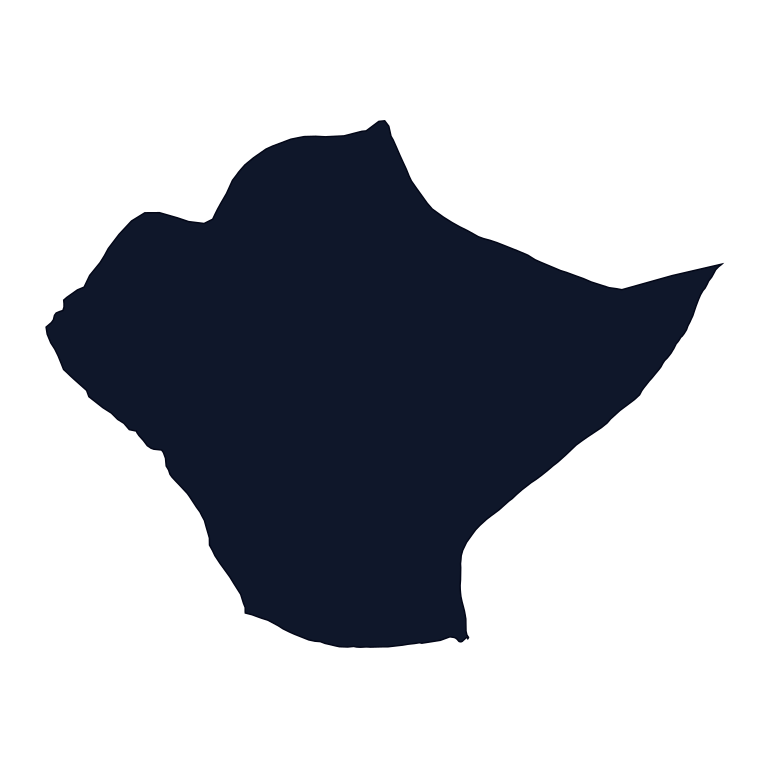 Champhone, Savannakhét, Laos
{"feature_id": "54806243B27710680023105", "entity_name": "Champhone", "entity_type": "district", "adm_level": 2, "iso_a3": "LAO", "parent_name": "Laos", "parent_adm1": "Savannakhét", "projection": "mercator", "projection_center": [105.234, 16.49], "detail": "fine", "context": "isolated", "style": "filled", "palette": "ink", "viewbox_px": 768, "rotation_deg": 0, "n_neighbors": 0, "source": "geoboundaries", "source_scale": "gbopen_adm2", "svg_char_len": 3622}
<svg xmlns="http://www.w3.org/2000/svg" viewBox="0 0 768 768"><path d="M299.9,137.4L290.9,139.2L272.8,146.0L266.0,149.1L253.5,157.8L245.0,164.8L241.2,169.1L238.5,172.3L236.5,175.1L232.5,180.3L226.5,193.5L220.8,203.3L217.5,209.3L215.3,213.7L212.7,219.2L204.1,223.5L188.6,221.6L177.6,217.9L165.8,214.5L159.9,212.8L159.6,212.7L144.8,212.8L131.5,221.0L119.1,234.3L108.3,248.5L104.4,255.7L100.1,262.6L89.7,275.4L84.1,287.1L77.4,289.9L66.8,297.4L63.7,300.1L64.0,303.5L64.0,307.1L62.9,310.5L59.5,311.6L56.2,313.0L54.5,315.3L53.4,319.8L51.4,322.6L46.1,327.1L47.2,334.2L50.8,342.9L54.8,349.1L58.1,355.8L60.9,362.7L63.6,369.5L66.9,372.5L70.3,375.8L74.0,379.2L86.6,390.4L88.9,396.7L95.9,402.2L102.9,407.7L111.4,413.1L117.7,419.4L123.9,423.3L129.3,429.6L136.4,431.1L137.0,432.7L139.0,435.6L143.4,440.5L147.3,445.7L149.9,447.4L151.0,448.2L153.8,449.2L161.6,450.0L163.4,452.5L165.5,458.2L166.2,466.0L168.6,470.0L170.0,474.3L172.0,477.1L176.0,481.4L178.7,484.2L187.1,493.2L188.3,494.8L189.7,496.8L196.5,507.2L200.0,512.0L202.0,516.0L204.4,520.4L206.1,526.6L208.4,534.5L209.4,538.0L209.5,545.1L212.5,550.5L215.0,555.8L220.1,563.5L229.8,576.9L234.1,583.9L240.7,594.3L243.5,603.3L245.2,607.5L245.2,611.4L245.3,613.0L252.0,614.7L255.0,615.8L255.5,616.0L261.9,618.3L267.7,620.1L278.2,625.7L283.0,628.8L289.5,632.0L294.2,634.1L304.0,638.0L308.8,639.9L315.0,641.2L320.3,641.6L325.0,643.4L329.9,644.5L335.7,645.9L339.4,646.7L345.2,646.9L347.7,647.0L353.7,646.4L356.5,647.0L360.4,647.2L366.4,646.9L370.6,647.1L382.5,646.8L387.8,646.8L402.7,645.1L408.1,644.2L414.5,643.5L419.5,642.7L421.8,643.2L429.6,642.0L440.4,640.3L449.9,636.8L453.2,637.3L453.9,637.4L455.4,637.9L456.2,638.5L457.3,639.4L458.1,640.4L459.0,641.4L460.2,641.8L461.1,641.8L462.3,641.3L463.2,640.4L464.2,639.5L465.3,638.5L465.8,638.0L466.2,637.7L466.9,637.6L467.4,638.0L467.8,638.7L468.5,637.7L468.4,637.1L467.7,636.4L467.4,635.6L467.0,635.5L466.0,631.1L465.9,625.6L465.8,618.9L465.3,616.0L465.3,615.8L465.1,614.7L464.4,610.9L463.3,606.6L462.0,601.7L460.9,596.6L460.5,592.9L460.2,589.1L460.1,585.4L460.5,579.8L460.7,567.7L460.5,563.6L460.9,559.9L461.2,555.7L462.7,550.3L466.5,542.4L472.3,534.3L475.7,529.7L479.9,525.3L486.4,519.4L490.5,516.2L494.3,513.4L499.1,509.8L508.7,501.2L512.2,498.6L516.5,494.5L522.0,489.7L531.0,482.7L535.7,479.6L541.5,475.3L548.2,469.9L552.6,466.1L558.0,461.9L565.7,455.0L576.2,445.0L581.2,441.3L586.7,437.4L601.4,427.6L607.2,422.9L610.5,419.0L615.6,414.4L619.9,410.5L634.4,399.6L639.6,394.8L641.8,390.6L643.9,387.7L647.0,383.8L649.2,381.0L651.5,378.5L653.0,376.7L655.1,374.1L657.2,371.6L659.4,368.9L660.9,366.9L662.7,363.5L664.6,360.6L667.3,357.9L669.6,355.0L671.2,352.9L672.4,350.8L673.8,348.6L676.1,343.9L677.8,341.9L679.3,339.8L680.1,338.4L680.8,337.3L682.2,336.1L684.1,333.6L686.5,329.7L687.9,325.8L689.9,322.0L691.1,319.3L692.8,315.7L694.6,310.2L696.1,305.8L698.4,299.7L700.5,294.8L703.0,290.5L705.0,288.2L707.1,284.3L708.7,280.9L711.6,277.2L713.5,273.8L715.7,269.7L718.7,266.6L721.7,264.3L721.9,264.1L672.2,275.6L621.9,289.7L616.4,288.7L609.1,287.7L591.3,282.0L583.4,278.6L575.6,275.8L570.2,273.8L566.4,272.4L560.6,270.6L553.5,267.6L540.6,262.2L535.0,259.7L527.9,255.2L518.0,251.0L504.2,245.5L496.8,242.6L489.9,240.3L483.5,238.6L478.3,236.7L474.4,234.5L467.4,230.6L459.5,226.7L452.0,222.5L443.4,217.1L436.2,211.9L432.2,209.0L427.2,203.2L423.2,197.6L416.5,188.3L411.4,181.0L409.1,176.2L406.3,169.2L403.0,162.1L399.8,155.1L396.7,147.9L393.1,139.8L391.0,136.2L388.8,126.2L384.7,120.8L378.8,121.4L373.6,125.3L366.1,130.9L361.9,131.3L343.9,135.9L325.3,136.8L315.5,136.3L304.2,136.6L299.9,137.4Z" fill="#0f172a" stroke="#020617" stroke-width="1.5"/></svg>